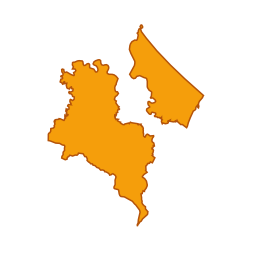 outline of Thach Ha, Ha Tinh, Vietnam, rotated 348°
{"feature_id": "81297802B93916372624290", "entity_name": "Thach Ha", "entity_type": "district", "adm_level": 2, "iso_a3": "VNM", "parent_name": "Vietnam", "parent_adm1": "Ha Tinh", "projection": "natural_earth1", "projection_center": [105.851, 18.322], "detail": "fine", "context": "isolated", "style": "filled", "palette": "amber", "viewbox_px": 256, "rotation_deg": 348, "n_neighbors": 0, "source": "geoboundaries", "source_scale": "gbopen_adm2", "svg_char_len": 5815}
<svg xmlns="http://www.w3.org/2000/svg" viewBox="0 0 256 256"><g transform="rotate(348 128 128)"><path d="M142.1,136.3L141.8,136.0L142.5,133.4L142.4,132.7L142.8,132.0L142.8,130.8L142.4,129.4L142.0,129.5L141.5,128.0L141.0,127.8L141.6,127.0L139.7,126.6L138.9,127.0L138.4,126.7L138.6,125.9L132.6,123.6L131.5,122.8L130.1,124.0L129.7,123.3L125.7,123.4L125.2,123.9L123.9,123.7L121.7,121.7L122.0,120.8L121.1,120.4L119.2,118.7L119.5,117.9L120.3,117.5L119.1,117.0L118.0,117.2L117.8,116.1L117.5,116.0L117.7,114.7L117.3,114.5L117.8,112.4L118.3,112.5L118.1,113.5L118.7,113.6L119.5,112.5L119.6,110.9L121.2,110.6L121.2,109.4L121.7,108.2L123.2,108.1L123.6,107.7L122.7,106.3L123.7,105.4L122.9,104.6L121.4,101.2L121.5,100.4L122.2,99.2L121.1,98.1L120.7,97.0L122.1,94.7L124.0,93.9L125.8,92.2L125.2,90.4L124.0,90.2L123.4,89.3L123.2,88.2L123.4,85.8L124.4,83.9L125.4,83.1L125.9,81.7L128.5,77.6L127.1,74.9L125.4,73.1L123.6,72.2L120.5,71.5L119.2,70.3L119.1,68.9L121.3,66.1L121.7,65.1L121.8,64.1L121.4,62.7L120.2,61.6L118.5,61.4L117.0,61.6L115.6,60.9L114.9,59.3L115.2,56.3L114.4,55.4L113.1,55.1L110.2,55.5L108.5,56.2L107.2,58.0L107.5,58.9L110.0,60.8L110.7,62.7L110.8,64.4L110.4,65.7L109.4,66.6L108.4,66.7L107.9,66.2L106.8,63.3L103.4,61.4L103.1,60.8L103.6,57.9L103.2,57.1L102.6,56.7L101.4,56.7L99.3,57.8L98.0,57.7L97.5,56.6L97.6,53.7L97.2,52.9L94.2,52.0L92.4,51.9L89.6,52.5L87.9,52.3L87.4,52.5L86.7,54.7L87.3,56.9L85.9,58.7L88.4,59.3L89.0,60.8L88.2,61.9L86.3,62.5L86.5,64.8L86.1,65.4L85.5,65.3L83.2,63.7L79.7,60.5L77.6,60.6L77.2,59.3L77.3,57.4L76.0,56.7L75.3,57.0L75.0,59.4L75.8,61.2L75.5,62.5L74.9,63.0L73.4,63.1L73.0,63.5L73.1,64.0L74.4,64.5L74.4,65.8L74.0,66.2L72.5,66.3L71.2,68.8L71.5,69.2L72.5,69.8L73.2,71.6L73.8,71.5L74.6,69.8L75.2,69.4L75.6,69.7L75.4,71.5L77.4,71.5L76.5,73.5L76.6,76.0L77.1,76.7L78.8,77.7L79.9,76.4L81.1,76.0L81.3,76.4L81.0,77.8L82.3,78.3L82.3,79.0L81.6,80.4L79.3,80.9L78.1,80.1L77.5,80.8L77.8,82.1L79.6,82.9L80.3,84.2L80.4,85.6L81.9,86.5L81.2,88.8L79.5,89.6L77.9,88.1L77.2,88.4L76.7,89.9L76.8,91.0L77.4,92.0L76.8,92.6L77.2,93.4L74.8,92.7L73.8,93.3L73.5,94.0L74.6,95.2L74.2,97.1L72.8,97.4L72.6,96.9L72.0,96.8L72.0,97.3L71.5,96.6L70.7,98.5L71.2,98.7L71.0,99.2L71.3,100.0L70.7,100.8L70.8,101.7L71.8,102.0L72.1,102.5L71.7,102.8L71.6,103.3L70.1,103.6L70.1,103.0L69.1,102.1L68.8,102.9L69.2,103.3L68.6,103.8L68.5,104.7L69.0,105.2L67.8,105.9L67.4,107.0L66.9,107.3L63.6,104.9L62.5,104.5L62.2,105.1L59.1,104.8L58.3,105.0L58.2,105.5L58.0,105.2L57.6,105.5L57.1,106.5L57.4,106.6L57.5,107.3L57.2,108.4L57.4,108.9L56.2,110.5L56.3,111.6L55.1,112.5L52.4,112.5L51.7,115.1L50.5,116.4L49.4,116.7L48.8,117.5L47.4,123.7L49.3,124.5L54.1,127.7L57.9,128.8L60.2,130.9L62.1,131.7L62.4,132.7L61.6,134.7L61.3,136.7L59.7,138.0L59.2,139.1L59.1,140.4L57.5,142.0L56.9,143.6L60.0,146.0L61.9,145.8L62.3,144.6L63.0,143.9L64.1,143.6L65.4,142.5L68.0,143.9L70.8,143.5L72.5,144.0L73.6,143.4L74.3,142.3L78.7,143.8L79.8,147.0L81.1,147.3L81.8,149.8L81.2,151.2L82.5,153.2L83.2,153.6L84.0,155.2L85.7,155.7L86.0,157.0L88.0,158.0L89.3,160.1L91.1,161.1L92.5,163.5L94.5,163.8L96.0,164.8L96.1,165.9L97.3,166.3L98.9,167.6L100.0,169.0L100.3,170.3L101.9,170.2L102.5,169.8L103.7,169.6L105.4,171.3L106.0,172.6L106.0,173.6L104.5,176.3L103.7,180.6L102.1,182.7L101.8,183.8L102.3,184.6L105.5,186.2L105.9,186.8L105.7,190.6L106.0,192.4L106.8,193.5L110.1,194.6L117.1,200.6L118.6,203.6L119.6,204.9L122.3,210.8L122.3,212.9L119.1,219.8L118.1,223.0L117.0,224.4L116.7,226.0L117.7,224.5L118.9,223.6L120.0,222.4L121.5,221.9L123.4,219.9L128.8,216.8L129.4,216.1L129.6,215.0L130.1,214.1L128.3,210.8L128.7,208.5L127.8,207.7L126.5,205.6L126.1,203.8L126.6,202.5L126.4,200.7L126.8,199.1L127.0,195.2L128.3,195.1L128.6,194.1L129.5,193.3L129.7,192.6L130.9,193.4L131.1,192.6L133.2,190.7L134.7,188.6L135.0,187.6L135.0,183.8L133.7,180.8L132.0,179.2L132.0,178.4L133.9,176.8L137.5,175.3L136.4,173.1L136.9,172.6L137.4,169.2L137.9,168.6L138.3,168.6L139.9,166.8L140.9,167.1L141.3,166.7L141.8,166.9L142.8,165.8L144.6,167.1L148.1,162.7L146.5,160.9L146.5,160.3L146.0,159.8L146.8,159.4L146.5,158.1L147.2,157.6L148.3,155.0L147.8,153.9L147.2,153.7L147.2,152.7L147.9,152.7L148.9,151.5L149.0,150.8L149.6,151.3L150.1,151.1L150.1,148.1L148.8,146.5L148.8,144.8L149.8,143.0L151.3,141.7L151.4,140.8L148.0,140.4L146.3,138.5L145.5,138.0L144.1,138.7L143.1,140.3L142.5,140.4L141.6,139.1L142.1,136.3ZM208.6,111.9L193.7,91.6L182.6,75.3L172.2,58.4L164.6,44.0L161.2,36.7L160.9,34.2L161.5,33.3L163.1,32.9L163.4,31.7L162.8,30.1L162.1,30.0L160.9,31.2L161.2,33.3L159.4,33.4L158.3,35.1L157.9,36.5L156.7,37.1L157.3,38.4L157.2,39.6L155.6,43.1L154.7,44.0L152.9,43.4L149.8,44.4L148.0,46.1L147.0,47.8L145.7,51.5L146.3,55.5L148.5,64.0L148.3,65.7L147.3,68.2L140.8,75.8L142.1,79.3L143.8,80.9L145.6,80.8L147.4,79.3L150.4,79.2L154.4,82.2L155.7,82.7L156.5,83.7L156.6,86.2L155.4,91.8L155.5,92.7L156.5,95.4L158.3,97.2L158.6,97.9L157.5,101.6L156.3,103.1L156.6,103.6L157.9,103.6L158.6,103.9L160.2,105.9L160.7,107.5L159.5,108.6L157.1,108.8L156.0,108.4L154.3,106.5L153.5,106.4L153.0,106.7L152.6,108.0L152.6,109.6L153.6,111.4L153.5,112.1L150.4,113.2L149.8,114.4L150.0,115.5L151.5,118.4L152.1,119.0L153.0,119.3L153.5,119.1L154.3,117.7L155.0,117.6L157.7,118.9L158.1,119.3L158.1,120.0L157.7,120.8L156.4,121.7L156.5,122.3L158.8,123.2L159.2,123.9L161.2,124.4L161.3,124.8L161.7,124.7L162.1,125.6L163.0,124.7L162.7,126.3L163.2,127.1L162.5,127.4L162.0,128.8L162.4,131.0L163.2,130.4L165.5,131.6L167.8,131.6L168.6,131.0L168.4,129.6L170.8,129.0L170.1,130.0L173.5,131.4L175.2,131.6L175.5,131.2L175.9,131.7L176.3,131.0L176.8,131.5L177.5,130.7L177.8,132.1L180.3,135.6L181.9,135.9L185.4,139.9L186.4,138.7L188.2,135.2L191.1,130.8L195.4,125.0L197.0,124.5L198.1,123.7L198.7,121.9L200.7,120.2L200.6,122.5L201.1,123.0L201.8,121.5L201.8,119.6L202.4,118.0L203.5,116.6L207.3,113.7L207.3,113.3L208.6,111.9Z" fill="#f59e0b" stroke="#b45309" stroke-width="1.5"/></g></svg>